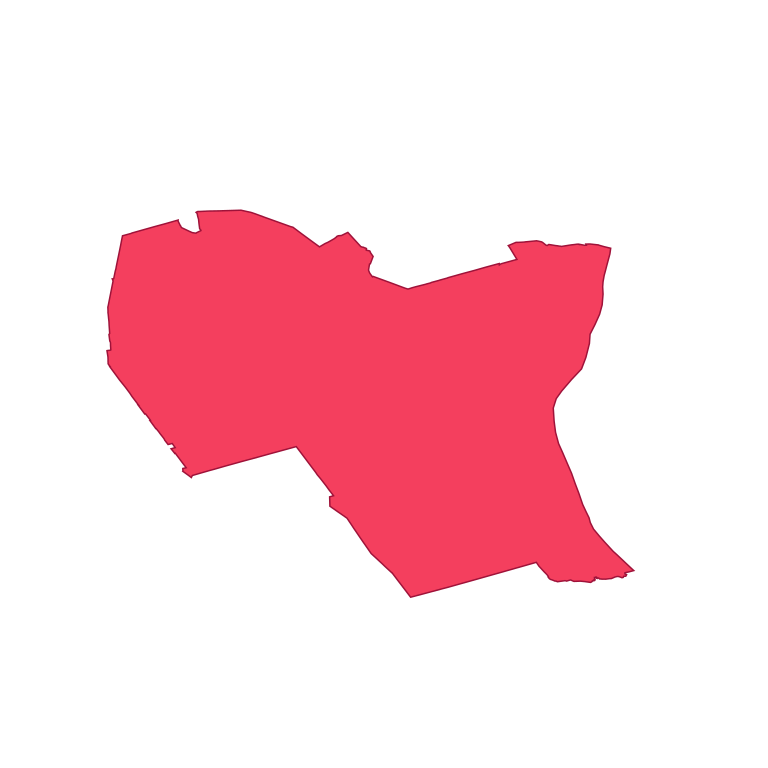 Nīcgales pag., Daugavpils, Latvia, rotated 197°
{"feature_id": "27541924B22704913663351", "entity_name": "Nīcgales pag.", "entity_type": "district", "adm_level": 2, "iso_a3": "LVA", "parent_name": "Latvia", "parent_adm1": "Daugavpils", "projection": "equal_earth", "projection_center": [26.391, 56.15], "detail": "fine", "context": "isolated", "style": "filled", "palette": "rose", "viewbox_px": 768, "rotation_deg": 197, "n_neighbors": 0, "source": "geoboundaries", "source_scale": "gbopen_adm2", "svg_char_len": 5821}
<svg xmlns="http://www.w3.org/2000/svg" viewBox="0 0 768 768"><g transform="rotate(197 384 384)"><path d="M677.4,449.3L677.0,445.1L676.4,439.6L675.5,430.2L674.9,423.7L674.5,419.5L674.3,417.5L674.1,416.3L674.0,413.3L673.3,406.0L673.3,405.8L673.4,405.5L674.6,405.1L673.2,403.3L670.6,377.9L670.6,377.6L670.6,377.3L670.5,376.6L670.1,375.5L669.2,372.9L668.9,371.8L668.8,371.5L667.9,369.5L666.5,366.1L665.7,364.3L665.2,363.1L664.0,359.7L662.7,356.3L661.1,352.1L661.5,351.0L661.5,350.9L658.8,344.9L658.3,344.5L657.7,343.6L657.3,342.6L656.8,340.9L655.2,336.7L655.4,336.4L658.6,335.0L658.7,334.9L655.9,329.2L654.9,326.3L654.6,325.2L654.0,323.6L653.8,322.8L653.6,322.5L652.4,321.6L651.3,320.8L651.6,320.7L651.2,320.3L647.7,317.7L637.9,310.4L630.5,305.4L624.5,301.0L621.5,298.5L620.4,297.7L612.5,292.0L612.9,291.9L604.0,285.3L603.3,285.7L596.8,281.1L597.3,280.7L589.8,275.1L589.3,274.6L588.9,274.8L587.3,273.7L585.5,272.5L583.7,271.1L578.4,267.4L577.2,266.1L572.8,263.0L569.1,265.2L565.1,262.1L568.7,259.8L568.1,259.4L564.0,256.6L563.8,256.4L563.4,256.8L554.1,250.0L548.7,246.1L549.0,245.9L551.7,244.4L550.8,241.9L550.9,241.7L544.1,239.4L540.9,238.2L540.6,240.1L540.5,240.5L525.3,250.4L521.8,252.6L511.8,259.1L497.2,268.4L482.9,277.4L471.9,284.4L466.8,287.6L462.4,290.4L457.8,293.3L449.6,298.5L441.2,292.4L432.7,286.2L423.5,279.5L421.3,277.7L417.3,275.1L409.6,269.7L405.8,266.8L399.6,262.4L403.0,260.2L401.2,254.9L400.7,253.4L400.0,251.3L390.5,248.2L380.2,244.9L375.0,240.7L370.9,237.3L361.3,229.6L357.4,226.5L353.3,223.3L346.7,218.1L333.0,211.5L329.9,209.9L321.2,205.7L321.1,205.8L312.5,199.6L307.3,195.9L307.0,195.6L306.9,195.6L296.2,187.9L284.1,195.4L267.8,205.6L263.4,208.3L251.1,216.2L249.5,217.2L237.2,225.1L222.3,234.7L216.5,238.4L211.9,241.4L206.6,244.8L203.1,247.1L202.1,247.7L186.2,258.0L183.7,256.0L182.3,254.9L181.2,254.3L179.5,253.3L177.8,252.3L175.4,250.9L174.0,250.2L172.1,249.1L171.1,248.4L170.7,248.1L170.4,247.6L169.9,246.9L169.7,246.8L169.8,246.8L169.4,246.5L168.9,246.2L168.3,246.0L167.8,245.8L167.2,245.8L166.6,245.8L165.7,245.8L164.7,245.7L163.7,245.6L163.1,245.5L162.2,245.7L161.7,245.8L160.6,245.6L160.4,245.6L159.7,245.9L153.5,248.8L153.2,248.9L152.2,248.9L151.9,248.9L151.6,249.0L149.2,250.6L148.4,251.1L148.2,251.1L147.8,251.1L145.3,250.8L144.6,250.8L142.8,251.4L138.8,252.8L138.6,252.9L138.4,252.9L134.0,253.8L131.9,254.1L130.8,254.3L129.4,254.5L128.7,254.6L128.4,254.7L128.0,255.1L127.9,255.2L127.6,255.4L127.5,255.6L127.3,256.1L127.3,256.3L127.0,256.4L126.9,256.5L127.0,256.6L126.9,256.9L126.8,257.1L126.2,257.2L126.3,257.3L126.1,257.4L126.0,257.6L125.6,257.6L125.4,257.8L125.6,258.1L125.4,258.1L125.2,258.1L125.3,258.3L125.0,258.6L125.0,258.8L125.3,258.9L125.7,259.4L125.7,259.5L126.1,260.3L126.2,260.5L125.9,260.6L125.3,260.7L125.2,260.7L125.1,260.8L125.1,261.2L124.9,261.4L124.7,261.4L124.2,261.4L123.9,261.2L124.0,261.0L124.0,260.9L124.3,260.6L124.0,260.4L123.8,260.4L123.6,260.4L123.7,260.6L123.3,260.8L122.8,260.9L122.5,261.0L122.3,261.0L121.9,261.2L121.6,261.0L121.4,260.9L120.9,260.6L120.7,260.6L120.1,260.8L118.8,261.1L118.5,261.1L117.3,261.5L114.9,262.2L111.6,263.7L109.7,264.4L107.9,265.9L106.9,266.8L105.3,267.8L104.2,268.3L103.6,268.4L102.8,268.5L100.7,268.4L99.8,268.3L98.7,269.0L98.6,270.2L97.8,270.4L96.6,270.9L96.2,272.6L96.8,272.8L97.6,272.6L98.1,272.8L98.4,273.9L97.3,274.6L95.8,275.4L94.9,275.9L90.6,278.6L100.2,283.3L111.7,289.0L115.8,290.9L126.4,297.1L134.2,301.9L141.2,306.5L146.2,311.8L148.8,316.0L153.4,320.9L158.8,326.9L165.6,336.3L172.1,344.7L178.5,353.4L184.9,360.9L193.1,370.6L199.6,378.0L205.8,387.9L210.5,398.3L215.1,410.5L215.0,420.4L212.0,429.3L206.0,443.0L199.5,456.2L198.7,468.4L199.4,482.8L201.5,491.8L199.6,502.7L198.2,513.8L198.5,523.4L200.8,534.0L203.3,540.9L204.4,545.8L205.2,552.2L205.3,555.9L205.6,562.8L206.0,574.4L206.9,580.1L213.6,579.7L218.3,579.6L219.2,579.6L219.6,579.7L228.0,578.1L231.9,576.8L231.4,576.2L231.1,575.9L232.7,575.3L234.7,575.1L238.3,574.7L238.2,574.5L239.5,574.4L240.4,574.1L242.1,573.3L243.7,572.6L246.0,571.6L254.4,567.5L254.9,567.4L255.4,567.4L255.8,567.3L256.8,567.1L258.4,566.9L260.6,566.5L263.7,566.1L267.2,565.6L268.5,564.1L269.9,564.2L271.3,564.8L273.8,565.8L275.0,566.0L277.6,565.8L277.8,565.8L280.2,565.5L280.3,565.4L290.5,561.2L291.5,560.7L293.1,560.1L297.3,558.6L299.1,558.1L305.6,552.7L305.3,552.5L303.5,551.1L293.3,542.0L303.4,535.6L307.2,533.2L308.5,531.6L309.0,532.9L310.8,531.8L320.8,525.5L330.5,519.2L340.1,513.2L343.1,511.3L347.9,508.2L350.9,506.3L352.3,505.4L354.0,504.3L354.2,504.0L361.3,499.5L361.8,499.1L368.5,494.9L369.0,494.3L372.6,492.1L372.9,491.9L373.1,491.7L381.9,486.4L385.2,484.3L387.5,482.7L388.8,481.8L391.8,481.8L395.4,482.0L408.7,482.8L425.9,483.7L426.4,483.1L426.7,483.3L428.0,484.3L429.2,485.2L429.9,485.7L430.7,486.6L431.6,487.7L432.1,488.5L432.6,492.0L432.9,494.5L432.2,495.0L431.7,502.8L435.4,505.7L435.5,506.0L436.2,506.8L436.4,507.0L436.8,507.1L437.2,507.0L438.0,507.0L438.8,506.9L439.5,506.8L440.0,506.9L440.3,507.0L440.3,507.3L440.2,508.1L440.3,508.3L440.7,508.5L441.4,508.6L441.9,508.6L442.7,508.5L443.4,508.8L444.3,508.6L446.3,508.6L462.9,518.4L468.3,513.4L469.1,513.2L471.1,512.4L472.4,511.2L472.3,510.9L474.1,508.4L476.8,505.5L479.2,503.0L481.4,501.1L485.8,496.3L495.6,499.7L507.0,503.7L516.9,507.3L519.3,507.2L527.6,507.6L538.1,508.1L544.3,508.4L544.7,508.4L557.2,509.1L560.6,509.2L561.7,509.2L563.9,509.0L570.1,508.5L571.5,508.4L571.8,508.3L583.0,504.5L590.7,501.9L591.5,501.6L602.3,498.1L610.4,495.2L612.8,494.4L613.9,493.2L612.6,492.5L611.2,489.9L609.5,487.3L607.7,483.0L605.7,478.6L604.1,477.6L603.9,477.2L608.1,473.3L608.1,473.2L611.7,472.7L615.5,473.2L623.0,474.3L623.7,474.6L624.8,475.8L625.0,475.8L628.1,479.1L628.5,479.5L628.6,479.8L628.7,480.1L628.8,480.6L639.3,473.8L649.3,467.5L669.2,454.7L670.1,453.9L677.4,449.3Z" fill="#f43f5e" stroke="#9f1239" stroke-width="1.5"/></g></svg>